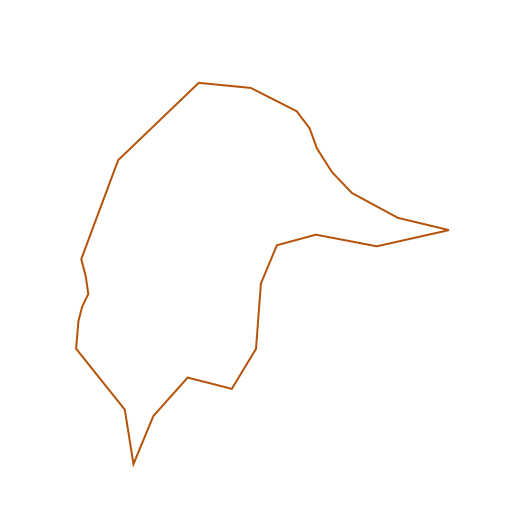 Kween, Mercator projection, rotated 259°
{"feature_id": "UGA-5612", "entity_name": "Kween", "entity_type": "District", "adm_level": 1, "iso_a3": "UGA", "parent_name": "Uganda", "parent_adm1": "", "projection": "mercator", "projection_center": [34.563, 1.396], "detail": "fine", "context": "isolated", "style": "outline", "palette": "amber", "viewbox_px": 512, "rotation_deg": 259, "n_neighbors": 0, "source": "natural_earth", "source_scale": "10m", "svg_char_len": 492}
<svg xmlns="http://www.w3.org/2000/svg" viewBox="0 0 512 512"><g transform="rotate(259 256 256)"><path d="M199.3,61.7L226.0,69.3L239.5,75.7L250.6,84.1L268.4,85.0L286.3,83.9L332.8,112.3L376.4,139.0L436.9,232.8L422.0,282.9L390.3,323.6L371.1,333.0L350.1,336.3L323.8,346.6L299.4,362.3L266.4,402.5L244.6,450.3L242.5,376.3L265.5,318.8L262.6,278.6L228.1,255.6L164.9,238.3L130.2,206.9L149.7,165.7L118.5,124.7L75.1,96.0L130.2,97.9L199.3,61.7Z" fill="none" stroke="#b45309" stroke-width="2"/></g></svg>